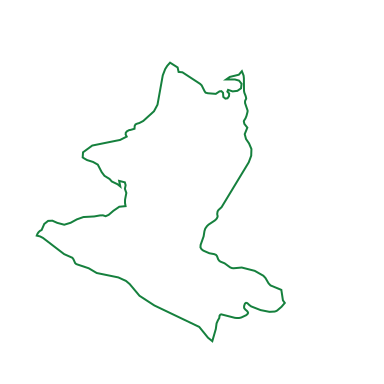 SVG path tracing the border of Udine, rotated 202°
{"feature_id": "ITA-5455", "entity_name": "Udine", "entity_type": "Province", "adm_level": 1, "iso_a3": "ITA", "parent_name": "Italy", "parent_adm1": "", "projection": "robinson", "projection_center": [13.121, 46.147], "detail": "fine", "context": "isolated", "style": "outline", "palette": "green", "viewbox_px": 384, "rotation_deg": 202, "n_neighbors": 0, "source": "natural_earth", "source_scale": "10m", "svg_char_len": 2636}
<svg xmlns="http://www.w3.org/2000/svg" viewBox="0 0 384 384"><g transform="rotate(202 192 192)"><path d="M117.3,61.3L122.6,62.9L134.7,69.6L184.4,72.7L201.8,76.1L215.3,83.3L219.8,84.8L228.3,85.2L250.0,81.2L259.2,82.6L272.2,81.8L273.7,82.3L276.7,85.2L278.3,86.2L287.3,86.5L313.0,93.6L316.3,93.9L319.6,93.4L319.6,95.5L319.2,97.3L318.4,99.0L317.2,100.4L317.0,107.1L316.4,108.1L314.6,111.3L310.7,113.1L305.4,112.9L298.2,113.8L293.0,118.0L288.5,123.5L283.3,128.1L273.5,132.7L268.4,135.9L265.8,137.0L263.0,137.2L260.7,139.6L257.8,145.2L254.8,149.7L253.9,151.1L248.3,154.0L250.0,156.7L251.2,159.8L252.5,166.4L252.5,166.5L255.4,169.8L256.1,173.5L257.9,175.8L263.7,175.0L260.6,170.3L263.9,171.3L270.3,171.7L273.3,173.2L279.2,174.2L283.2,176.6L289.6,182.1L295.0,182.8L301.3,182.3L304.2,182.7L306.3,183.1L307.1,185.5L307.9,188.0L301.9,197.7L281.9,210.9L278.2,213.3L273.3,218.9L275.1,220.5L275.6,222.2L275.0,224.0L273.4,225.9L272.3,226.5L269.0,229.1L269.9,231.8L269.7,233.5L268.5,234.8L266.7,236.2L263.8,239.6L257.5,252.6L256.7,260.0L262.8,289.2L262.9,296.0L262.2,299.8L260.8,303.7L252.0,302.1L249.4,298.3L245.7,299.4L225.0,295.3L223.0,294.5L217.9,290.0L216.6,289.2L214.3,289.5L206.7,291.9L204.2,295.6L202.5,296.5L200.4,295.6L198.6,291.9L196.0,291.1L194.2,292.2L193.6,294.7L194.4,297.2L196.8,298.3L196.8,300.2L192.0,300.5L187.8,302.8L185.4,306.5L186.6,310.9L190.1,312.9L194.4,312.4L202.5,309.1L200.0,312.9L192.5,318.3L191.0,322.7L187.8,319.3L186.5,316.9L181.6,305.1L180.6,303.6L178.4,301.3L177.4,300.0L176.7,298.8L176.9,297.0L176.9,296.5L176.7,295.7L176.1,294.3L171.0,288.4L170.6,287.4L170.4,286.1L170.0,283.0L170.0,280.3L170.5,277.5L170.4,276.9L169.0,274.8L164.8,272.4L164.8,265.4L161.8,261.4L157.3,258.4L153.0,254.1L150.7,247.8L150.5,240.8L158.9,189.0L160.7,185.2L161.0,183.6L160.5,181.4L160.0,180.3L159.4,179.6L159.0,178.6L159.1,176.8L159.4,175.8L160.2,174.1L164.4,168.0L165.3,166.0L166.0,163.1L165.8,160.4L164.6,155.2L164.2,146.2L163.4,143.8L161.7,142.5L159.6,141.9L153.0,141.7L148.2,142.7L146.2,142.7L144.8,141.9L142.5,139.4L141.1,138.5L139.6,138.1L135.1,138.1L128.4,136.4L126.5,136.4L124.8,136.9L117.6,140.6L104.3,142.4L94.5,141.1L91.7,139.8L86.8,136.0L84.2,134.8L72.5,134.7L67.1,125.6L64.4,123.9L66.0,119.1L68.7,113.9L69.5,113.0L70.6,112.1L75.3,109.9L84.2,108.2L94.3,108.1L96.6,108.7L98.6,109.5L99.6,109.7L100.5,109.4L101.1,108.3L101.0,106.0L100.6,104.7L99.9,103.7L98.1,102.8L97.0,102.5L96.1,102.1L95.3,101.6L94.7,100.9L94.8,99.7L95.6,98.1L99.2,94.2L100.4,93.3L101.2,92.8L103.1,92.0L105.1,91.4L119.1,89.5L119.8,88.8L120.1,87.6L119.5,85.3L119.9,82.8L120.0,79.4L118.6,73.9L117.3,61.3Z" fill="none" stroke="#15803d" stroke-width="2"/></g></svg>